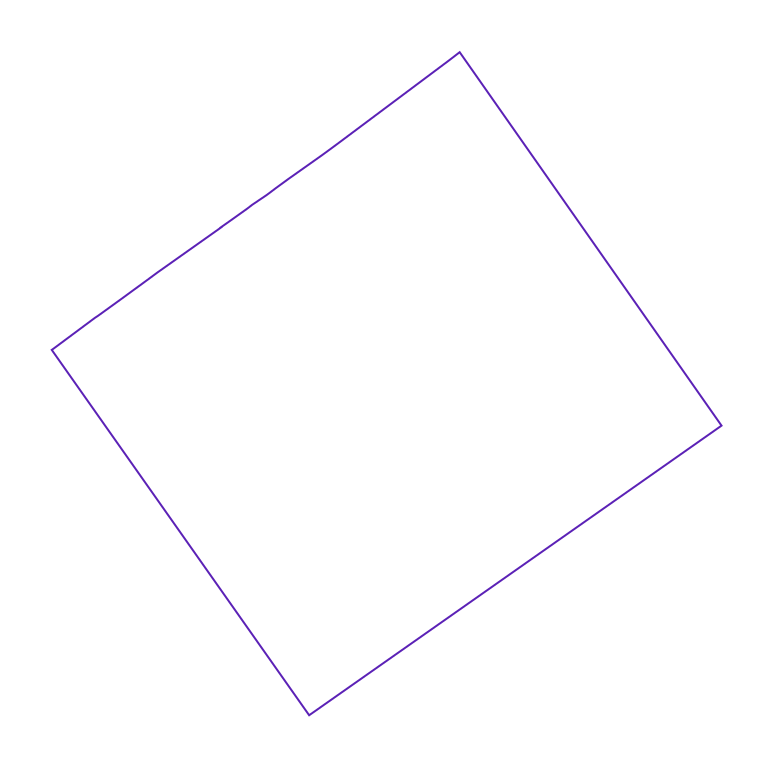 the district of Appanoose, Iowa, United States of America, rotated 145°
{"feature_id": "52423323B22987820366787", "entity_name": "Appanoose", "entity_type": "district", "adm_level": 2, "iso_a3": "USA", "parent_name": "United States of America", "parent_adm1": "Iowa", "projection": "mercator", "projection_center": [-92.849, 40.741], "detail": "fine", "context": "isolated", "style": "outline", "palette": "violet", "viewbox_px": 768, "rotation_deg": 145, "n_neighbors": 0, "source": "geoboundaries", "source_scale": "gbopen_adm2", "svg_char_len": 430}
<svg xmlns="http://www.w3.org/2000/svg" viewBox="0 0 768 768"><g transform="rotate(145 384 384)"><path d="M131.4,156.3L131.7,612.4L144.7,611.8L285.1,607.4L302.8,607.0L344.7,606.8L359.8,606.5L371.4,606.1L389.2,606.4L395.4,606.1L419.9,605.9L427.7,605.9L427.6,605.7L505.3,605.3L521.9,604.9L552.3,604.3L579.5,603.9L583.0,604.0L635.2,602.5L636.6,602.5L635.3,155.6L131.4,156.3Z" fill="none" stroke="#5b21b6" stroke-width="2"/></g></svg>